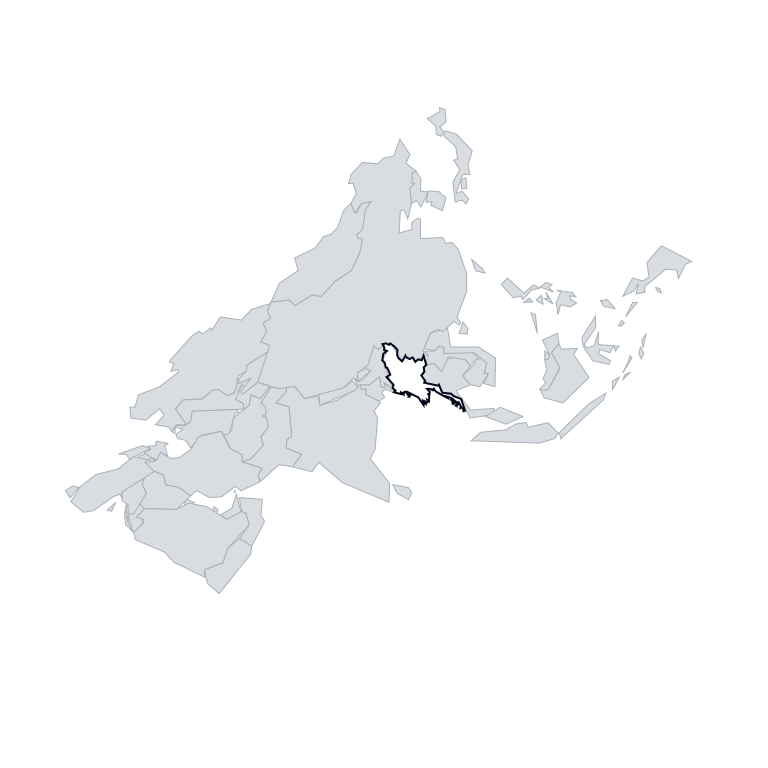 Myanmar on a map of Asia (Albers equal-area conic projection), rotated 312°
{"feature_id": "MMR", "entity_name": "Myanmar", "entity_type": "country or territory", "adm_level": 0, "iso_a3": "MMR", "parent_name": "Asia", "parent_adm1": "", "projection": "albers", "projection_center": [96.922, 19.196], "detail": "medium", "context": "in_parent", "style": "outline", "palette": "ink", "viewbox_px": 768, "rotation_deg": 312, "n_neighbors": 45, "source": "natural_earth", "source_scale": "50m", "svg_char_len": 14644}
<svg xmlns="http://www.w3.org/2000/svg" viewBox="0 0 768 768"><g transform="rotate(312 384 384)"><path d="M367.5,245.5L360.2,248.7L357.1,255.6L348.4,253.4L344.4,261.9L333.0,264.1L336.2,273.2L333.0,277.2L306.0,269.3L302.2,272.9L291.9,270.4L278.6,279.1L270.3,275.0L269.1,265.2L264.4,260.5L251.3,259.1L237.9,245.5L225.9,245.8L221.7,264.3L214.5,257.1L206.7,258.0L208.0,252.9L200.8,241.4L213.6,241.4L215.5,233.7L197.9,231.3L189.3,218.7L196.7,210.6L200.2,214.4L211.7,208.8L231.3,218.9L255.5,223.4L257.0,221.5L250.7,217.0L259.0,213.9L256.6,210.3L258.8,209.2L291.9,209.1L299.3,211.2L299.9,215.9L309.7,217.7L309.0,220.1L324.3,217.5L336.1,235.3L350.7,235.6L367.5,245.5Z" fill="#d9dde1" stroke="#a8b0b8" stroke-width="1"/><path d="M221.7,264.3L225.9,245.8L237.9,245.5L251.3,259.1L264.4,260.5L269.1,265.2L270.3,275.0L276.9,278.8L290.5,272.5L287.5,276.0L299.1,281.1L292.7,284.0L287.3,282.8L288.2,279.0L281.9,279.3L277.2,284.9L273.4,284.0L275.3,292.1L271.8,297.0L235.3,259.7L226.8,265.4L221.7,264.3Z" fill="#d9dde1" stroke="#a8b0b8" stroke-width="1"/><path d="M672.3,497.7L681.0,530.6L674.6,527.9L659.5,532.2L664.5,525.2L657.7,516.5L630.3,512.6L626.9,516.5L619.6,511.0L629.0,505.7L620.4,507.5L609.0,502.8L629.1,497.8L633.9,507.7L640.7,509.4L650.3,498.1L672.3,497.7ZM583.0,549.9L580.7,556.7L574.8,558.2L577.3,552.9L583.0,549.9ZM637.2,529.2L635.8,525.5L637.4,521.4L639.6,525.1L637.2,529.2ZM531.1,486.9L528.4,492.3L539.8,503.8L532.9,505.2L525.9,532.0L489.7,529.6L480.8,512.2L484.4,503.2L489.9,509.6L509.1,505.4L513.8,503.8L519.4,487.3L531.1,486.9ZM595.9,518.6L610.9,514.2L613.8,517.7L595.9,518.6ZM590.2,521.7L585.9,521.5L584.3,519.4L590.3,518.1L590.2,521.7ZM590.8,488.9L596.2,493.7L594.7,505.2L588.8,495.7L590.8,488.9ZM550.6,500.1L575.9,495.7L567.8,503.5L547.2,506.4L546.9,510.6L552.9,514.6L566.5,508.4L556.6,516.8L569.2,533.4L563.5,533.9L565.8,529.2L558.5,530.9L554.0,521.1L550.2,523.2L552.8,536.8L549.1,538.0L540.9,523.7L545.2,507.2L550.6,500.1ZM558.0,559.2L546.5,558.6L552.2,556.9L558.0,559.2ZM552.0,554.0L564.5,550.5L569.7,547.8L569.3,550.8L552.0,554.0ZM539.0,552.0L547.0,554.2L532.5,557.6L539.0,552.0ZM465.4,546.8L506.0,549.5L525.7,554.9L518.9,557.6L461.5,552.0L465.4,546.8ZM448.4,520.0L465.0,531.9L464.0,546.7L457.2,547.1L443.9,538.9L400.1,486.7L412.8,488.1L431.4,505.2L442.4,508.7L450.6,515.5L448.4,520.0Z" fill="#d9dde1" stroke="#a8b0b8" stroke-width="1"/><path d="M584.2,552.3L588.6,546.6L597.1,545.0L584.2,552.3Z" fill="#d9dde1" stroke="#a8b0b8" stroke-width="1"/><path d="M117.6,278.2L111.0,284.1L106.2,296.4L106.5,286.3L113.9,278.0L117.6,278.2Z" fill="#d9dde1" stroke="#a8b0b8" stroke-width="1"/><path d="M123.0,274.7L114.1,278.0L122.9,272.4L123.0,274.7Z" fill="#d9dde1" stroke="#a8b0b8" stroke-width="1"/><path d="M114.7,282.3L109.8,286.7L113.3,281.0L114.7,282.3Z" fill="#d9dde1" stroke="#a8b0b8" stroke-width="1"/><path d="M114.7,282.3L131.5,282.5L131.1,289.5L119.7,289.4L122.5,296.3L111.0,300.0L106.2,296.4L114.7,282.3Z" fill="#d9dde1" stroke="#a8b0b8" stroke-width="1"/><path d="M177.9,350.2L189.9,354.1L203.3,348.0L192.7,364.3L178.2,357.7L177.9,350.2Z" fill="#d9dde1" stroke="#a8b0b8" stroke-width="1"/><path d="M174.8,346.4L175.6,342.3L179.2,339.6L179.5,344.9L174.8,346.4Z" fill="#d9dde1" stroke="#a8b0b8" stroke-width="1"/><path d="M165.8,312.8L168.8,322.5L160.8,316.9L165.8,312.8Z" fill="#d9dde1" stroke="#a8b0b8" stroke-width="1"/><path d="M131.1,289.5L131.5,282.5L143.5,280.5L148.1,270.9L156.5,267.8L165.2,271.7L168.9,281.3L163.1,289.3L169.7,299.9L171.7,315.2L152.0,313.8L131.1,289.5Z" fill="#d9dde1" stroke="#a8b0b8" stroke-width="1"/><path d="M194.0,363.4L202.9,352.5L216.9,370.9L204.2,380.2L201.9,387.3L174.9,394.2L172.4,379.7L189.3,378.1L195.4,367.8L194.0,363.4ZM205.2,345.0L202.8,345.9L204.7,344.4L205.2,345.0Z" fill="#d9dde1" stroke="#a8b0b8" stroke-width="1"/><path d="M441.0,448.6L442.8,436.9L459.7,438.2L462.0,434.1L468.5,439.6L468.2,446.5L459.1,451.3L461.7,454.6L446.4,457.2L441.0,448.6Z" fill="#d9dde1" stroke="#a8b0b8" stroke-width="1"/><path d="M455.1,436.2L442.8,436.9L441.0,448.6L427.1,442.0L422.5,465.7L439.5,482.2L433.9,485.3L416.5,470.7L424.4,450.6L416.5,432.4L420.3,426.3L412.0,413.4L416.6,406.2L426.4,402.0L432.7,407.4L431.8,418.5L443.2,413.6L451.5,418.3L456.7,428.7L455.1,436.2Z" fill="#d9dde1" stroke="#a8b0b8" stroke-width="1"/><path d="M466.9,435.9L455.1,436.2L456.7,428.7L447.2,413.9L431.8,418.5L432.7,407.4L426.4,402.0L435.2,397.5L434.3,391.0L442.7,399.6L449.2,399.4L451.4,404.3L446.7,408.0L466.0,426.3L466.9,435.9Z" fill="#d9dde1" stroke="#a8b0b8" stroke-width="1"/><path d="M451.1,457.8L461.7,454.6L459.1,451.3L468.2,446.5L467.6,430.2L446.7,408.0L451.4,404.3L449.2,399.4L442.7,399.6L436.9,390.1L453.2,384.4L467.9,393.9L456.1,408.8L474.7,429.3L477.9,449.6L456.2,468.2L451.1,457.8Z" fill="#d9dde1" stroke="#a8b0b8" stroke-width="1"/><path d="M563.6,265.8L560.8,274.4L551.9,282.0L556.3,288.7L540.3,292.9L542.3,285.6L536.7,283.6L539.9,279.7L547.0,271.9L553.4,272.6L552.2,270.0L560.1,263.4L563.6,265.8Z" fill="#d9dde1" stroke="#a8b0b8" stroke-width="1"/><path d="M547.4,293.7L556.8,287.3L563.7,296.1L563.7,305.5L552.0,311.4L548.1,299.2L551.4,297.7L547.4,293.7Z" fill="#d9dde1" stroke="#a8b0b8" stroke-width="1"/><path d="M369.2,245.2L389.1,238.8L411.0,244.2L417.9,233.3L439.1,241.9L453.1,240.4L460.3,244.6L470.0,244.7L485.7,237.9L496.0,238.5L493.0,249.3L503.0,246.5L511.2,250.5L484.3,264.8L477.0,263.9L474.9,267.4L477.4,270.8L471.3,275.8L446.7,283.9L427.5,279.1L406.9,278.9L402.2,271.1L382.6,265.4L383.0,257.5L369.2,245.2Z" fill="#d9dde1" stroke="#a8b0b8" stroke-width="1"/><path d="M411.6,357.6L410.6,364.3L400.4,367.1L387.3,392.7L384.8,383.5L382.4,387.1L379.6,384.1L386.2,375.9L373.6,373.8L367.0,366.9L365.0,370.6L368.5,373.8L364.0,377.8L367.1,379.4L367.4,394.0L357.3,394.6L354.3,402.1L329.8,420.9L319.4,423.7L313.8,454.8L299.4,466.8L282.8,419.0L282.2,388.0L270.5,389.1L261.2,371.3L276.4,369.9L270.9,354.2L277.3,349.2L283.1,350.5L303.5,328.6L297.6,316.5L312.8,316.5L318.0,312.4L322.5,319.4L320.0,334.7L331.0,343.3L325.2,350.6L340.6,360.0L364.4,366.9L368.3,357.6L368.5,363.2L373.0,365.6L384.7,365.3L383.1,360.0L405.5,350.9L406.1,356.8L411.6,357.6Z" fill="#d9dde1" stroke="#a8b0b8" stroke-width="1"/><path d="M384.8,383.5L385.5,400.4L380.8,388.3L376.0,388.0L374.7,393.4L368.2,391.9L364.0,377.8L368.5,373.8L365.0,370.6L367.0,366.9L373.6,373.8L386.2,375.9L379.6,384.1L382.4,387.1L384.8,383.5Z" fill="#d9dde1" stroke="#a8b0b8" stroke-width="1"/><path d="M383.1,360.0L384.7,365.3L368.5,363.2L374.8,356.7L383.1,360.0Z" fill="#d9dde1" stroke="#a8b0b8" stroke-width="1"/><path d="M365.1,358.7L364.4,366.9L360.2,366.8L325.2,350.6L333.2,342.1L353.7,356.2L365.1,358.7Z" fill="#d9dde1" stroke="#a8b0b8" stroke-width="1"/><path d="M318.0,312.4L312.8,316.5L297.6,316.5L303.5,328.6L283.1,350.5L277.3,349.2L270.9,354.2L276.4,369.9L261.2,371.3L253.7,360.0L228.7,357.3L231.9,351.2L239.7,349.8L231.1,330.4L238.7,334.9L257.9,335.2L262.2,327.9L274.3,326.6L290.2,303.3L306.3,302.1L310.4,309.3L318.0,312.4Z" fill="#d9dde1" stroke="#a8b0b8" stroke-width="1"/><path d="M257.4,294.6L278.2,298.0L286.9,292.1L290.4,302.1L297.6,299.0L306.3,302.1L287.1,305.3L288.0,310.5L283.6,316.3L279.1,315.4L280.4,319.3L274.3,326.6L262.2,327.9L257.9,335.2L238.7,334.9L231.1,330.4L236.5,326.3L233.1,312.9L239.3,299.2L247.3,302.2L257.4,294.6Z" fill="#d9dde1" stroke="#a8b0b8" stroke-width="1"/><path d="M271.8,297.0L275.3,292.1L273.4,284.0L288.2,279.0L289.2,283.0L281.5,285.6L300.9,289.0L305.7,300.5L290.4,302.1L286.9,292.1L278.2,298.0L271.8,297.0Z" fill="#d9dde1" stroke="#a8b0b8" stroke-width="1"/><path d="M290.5,272.5L302.2,272.9L306.0,269.3L333.0,277.2L300.9,289.0L281.5,285.6L282.4,282.7L299.1,281.1L287.5,276.0L290.5,272.5Z" fill="#d9dde1" stroke="#a8b0b8" stroke-width="1"/><path d="M206.7,258.0L214.5,257.1L219.3,264.0L226.8,265.4L235.3,259.7L266.6,291.6L265.9,294.8L262.6,292.6L243.6,302.2L239.3,299.2L239.8,294.6L223.9,282.6L207.2,283.2L209.3,274.0L205.3,267.1L207.4,263.1L215.7,264.7L212.6,257.7L207.3,261.6L206.7,258.0Z" fill="#d9dde1" stroke="#a8b0b8" stroke-width="1"/><path d="M171.7,315.2L169.7,299.9L163.1,289.3L168.9,281.3L164.0,266.8L165.8,259.2L173.9,265.5L183.8,263.7L186.0,275.5L192.6,281.2L206.4,284.3L220.8,281.4L239.8,294.6L233.1,312.9L236.5,326.3L231.1,330.4L239.7,349.8L231.9,351.2L228.7,357.3L209.0,349.2L208.4,341.9L191.1,338.6L182.9,330.3L179.4,316.1L171.7,315.2Z" fill="#d9dde1" stroke="#a8b0b8" stroke-width="1"/><path d="M116.1,281.0L123.0,274.7L122.0,267.3L128.4,261.5L154.3,267.9L148.1,270.9L143.5,280.5L120.5,284.9L116.1,281.0Z" fill="#d9dde1" stroke="#a8b0b8" stroke-width="1"/><path d="M175.6,265.8L165.1,254.4L166.1,250.1L174.4,254.2L175.6,265.8Z" fill="#d9dde1" stroke="#a8b0b8" stroke-width="1"/><path d="M165.2,271.7L128.4,261.5L123.9,265.6L125.4,261.4L119.2,258.3L95.6,252.9L87.6,246.6L87.0,230.1L103.8,227.0L123.7,230.3L142.8,243.2L162.6,246.3L169.3,258.7L165.8,259.2L165.2,271.7ZM91.7,218.5L100.0,221.0L102.9,226.2L89.3,227.0L91.7,218.5Z" fill="#d9dde1" stroke="#a8b0b8" stroke-width="1"/><path d="M323.3,471.6L321.9,477.4L314.3,479.5L311.7,466.8L315.2,457.9L323.3,471.6Z" fill="#d9dde1" stroke="#a8b0b8" stroke-width="1"/><path d="M476.8,412.5L471.8,406.1L482.9,401.2L481.2,409.4L476.8,412.5ZM300.9,289.0L336.2,273.2L333.0,264.1L344.4,261.9L348.4,253.4L357.1,255.6L360.2,248.7L369.2,245.2L383.0,257.5L382.6,265.4L402.2,271.1L406.9,278.9L427.5,279.1L446.7,283.9L466.1,278.0L477.4,270.8L474.9,267.4L477.0,263.9L484.3,264.8L501.0,253.6L511.0,252.3L503.0,246.5L491.7,247.5L496.0,238.5L507.2,236.0L512.3,226.7L509.4,223.5L517.8,219.3L534.0,219.6L543.7,232.2L551.5,232.4L559.9,238.8L576.7,231.9L571.8,249.8L562.8,252.5L563.6,265.8L560.1,263.4L552.2,270.0L553.4,272.6L547.0,271.9L536.7,283.6L522.6,291.2L526.7,282.5L523.8,280.1L506.3,294.2L517.5,301.4L522.3,296.8L529.8,298.0L531.0,300.7L516.5,313.8L532.2,329.6L529.8,335.7L534.6,339.8L533.8,349.0L521.3,371.7L508.2,383.4L482.3,393.7L481.0,399.9L478.1,400.4L477.5,394.1L462.6,392.7L460.6,387.2L453.2,384.4L434.3,391.0L435.2,397.5L421.7,392.4L423.1,387.6L418.5,381.4L413.1,382.3L418.4,361.8L414.5,357.2L406.1,356.8L405.5,350.9L387.2,359.4L374.8,356.7L368.5,362.1L368.3,357.6L353.7,356.2L320.0,334.7L322.5,319.4L310.4,309.3L300.9,289.0Z" fill="#d9dde1" stroke="#a8b0b8" stroke-width="1"/><path d="M535.2,365.6L535.6,379.9L534.0,384.9L529.5,376.3L535.2,365.6Z" fill="#d9dde1" stroke="#a8b0b8" stroke-width="1"/><path d="M179.7,250.1L185.0,255.5L189.3,253.1L195.2,263.2L191.4,262.6L185.7,271.3L183.8,263.7L175.6,265.8L173.3,258.9L172.5,251.2L179.0,254.2L179.7,250.1ZM173.9,265.5L171.0,263.9L169.3,258.7L173.2,261.2L173.9,265.5Z" fill="#d9dde1" stroke="#a8b0b8" stroke-width="1"/><path d="M154.0,233.4L176.6,245.7L179.8,253.8L157.9,245.0L159.2,239.4L154.0,233.4Z" fill="#d9dde1" stroke="#a8b0b8" stroke-width="1"/><path d="M544.4,439.6L538.2,433.2L545.1,434.5L544.4,439.6ZM556.5,456.0L554.7,445.7L557.4,448.8L560.7,442.8L556.5,456.0ZM569.4,449.8L578.1,463.0L577.0,468.3L574.0,463.1L571.8,466.3L573.1,472.9L565.9,470.8L561.0,462.1L552.0,467.0L559.6,457.4L570.4,454.0L569.4,449.8ZM536.9,450.0L524.3,464.0L535.3,445.6L536.9,450.0ZM545.3,404.9L545.2,427.3L557.8,428.6L559.5,435.5L552.4,430.7L539.6,430.8L541.1,426.8L534.6,422.6L536.5,404.5L545.3,404.9ZM549.8,448.9L548.0,440.9L555.1,441.6L549.8,448.9ZM567.7,436.3L570.3,442.3L565.8,441.5L565.7,448.3L560.6,435.2L567.7,436.3Z" fill="#d9dde1" stroke="#a8b0b8" stroke-width="1"/><path d="M427.7,481.1L444.4,485.9L452.7,508.9L435.7,501.5L427.7,481.1ZM531.1,486.9L519.4,487.3L513.8,503.8L489.9,509.6L485.7,506.8L484.4,503.2L493.3,503.4L494.1,498.7L503.4,495.6L509.6,487.1L516.4,487.6L522.7,472.3L537.7,479.0L531.1,486.9Z" fill="#d9dde1" stroke="#a8b0b8" stroke-width="1"/><path d="M516.3,481.3L516.4,487.6L512.6,489.7L509.6,487.1L516.3,481.3Z" fill="#d9dde1" stroke="#a8b0b8" stroke-width="1"/><path d="M618.2,270.6L616.2,293.7L602.6,300.0L597.3,307.7L592.5,302.3L573.9,310.2L579.6,313.2L578.2,323.1L572.8,324.4L573.0,319.2L567.0,314.9L580.0,300.3L594.2,296.7L597.0,286.2L600.7,288.0L608.3,278.5L608.4,262.2L613.0,260.0L618.2,270.6ZM623.9,243.3L626.4,240.3L628.9,245.6L620.3,254.8L612.4,253.2L611.4,259.3L606.4,260.7L604.5,255.8L610.4,249.9L610.2,238.6L623.9,243.3ZM581.0,311.2L587.3,304.8L592.0,306.9L584.9,314.6L581.0,311.2Z" fill="#d9dde1" stroke="#a8b0b8" stroke-width="1"/><path d="M172.4,379.7L174.9,394.2L168.4,398.8L117.9,401.7L117.7,386.3L125.8,374.7L143.4,383.8L157.0,377.8L172.4,379.7Z" fill="#d9dde1" stroke="#a8b0b8" stroke-width="1"/><path d="M106.1,297.3L119.3,298.2L122.5,296.3L119.7,289.4L131.1,289.5L152.0,313.8L164.9,318.7L174.5,334.9L178.2,357.7L194.0,363.4L195.4,367.8L189.3,378.1L157.0,377.8L143.4,383.8L125.8,374.7L120.6,380.4L111.0,347.5L112.2,333.5L102.0,303.5L106.1,297.3Z" fill="#d9dde1" stroke="#a8b0b8" stroke-width="1"/><path d="M116.5,263.8L107.2,266.7L105.0,262.7L116.5,263.8Z" fill="#d9dde1" stroke="#a8b0b8" stroke-width="1"/><path d="M426.5,402.6L423.0,402.4L420.1,405.8L415.3,406.0L413.9,412.6L411.9,413.0L419.0,425.5L420.2,425.3L416.5,433.2L421.7,440.3L421.7,444.2L424.5,451.3L418.8,461.2L418.2,457.6L420.4,451.7L419.1,451.6L418.7,443.5L416.6,438.9L416.1,440.4L414.4,433.9L413.1,427.3L413.9,424.2L412.0,424.4L411.0,421.2L409.2,419.4L408.7,423.4L406.9,424.5L405.6,423.0L406.3,424.9L401.2,429.0L401.0,426.8L400.0,428.4L398.8,428.4L398.5,426.3L397.2,427.9L397.5,424.4L394.9,427.2L397.0,418.4L394.2,408.5L393.6,410.7L391.3,408.0L393.0,408.8L393.8,408.3L394.0,407.6L392.5,404.9L390.1,404.0L389.4,405.2L389.1,402.2L387.7,403.1L384.6,396.9L386.8,397.0L386.8,393.0L389.8,391.6L390.9,381.2L395.1,382.4L398.2,375.7L397.5,374.2L400.4,370.1L400.4,367.0L405.8,363.3L410.4,364.1L409.3,361.4L411.6,359.4L412.6,356.2L415.5,358.3L416.5,361.6L418.3,361.5L418.8,366.4L418.4,371.1L414.1,374.6L412.9,377.4L412.9,382.3L419.4,381.0L418.6,382.3L419.6,386.3L423.0,387.6L421.4,392.4L425.2,392.9L426.8,396.1L431.6,394.4L426.5,402.6ZM392.5,406.9L393.7,407.7L393.4,408.3L392.7,408.3L392.5,406.9ZM417.2,446.3L418.1,447.4L417.3,448.2L417.2,446.3ZM392.6,410.9L391.6,411.5L391.2,410.9L392.6,410.9ZM417.6,451.3L418.5,452.7L418.0,452.6L417.6,451.3ZM396.7,427.2L395.9,428.2L396.9,426.2L396.7,427.2ZM413.2,425.0L412.6,425.7L412.9,424.5L413.2,425.0ZM417.1,452.4L416.7,452.6L417.2,451.3L417.1,452.4ZM416.0,456.4L417.2,457.0L416.0,456.4ZM418.9,450.3L418.2,450.7L418.1,449.6L418.9,450.3ZM417.2,461.4L416.3,462.1L417.2,461.1L417.2,461.4ZM388.5,404.1L388.8,405.3L388.3,403.8L388.5,404.1ZM417.2,443.9L417.2,444.8L417.0,443.3L417.2,443.9ZM391.3,405.0L391.4,405.8L390.9,404.7L391.3,405.0ZM416.2,448.5L415.7,448.8L415.9,448.5L416.2,448.5ZM415.5,447.9L415.5,448.5L415.2,448.2L415.5,447.9ZM416.0,451.6L416.0,452.2L415.6,450.9L416.0,451.6ZM398.2,428.0L397.6,428.3L398.1,427.7L398.2,428.0Z" fill="none" stroke="#020617" stroke-width="2"/></g></svg>